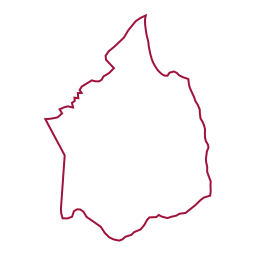 outline of Baía Formosa, Rio Grande do Norte, Brazil
{"feature_id": "56859067B10587440144347", "entity_name": "Baía Formosa", "entity_type": "district", "adm_level": 2, "iso_a3": "BRA", "parent_name": "Brazil", "parent_adm1": "Rio Grande do Norte", "projection": "orthographic", "projection_center": [-35.036, -6.42], "detail": "fine", "context": "isolated", "style": "outline", "palette": "rose", "viewbox_px": 256, "rotation_deg": 0, "n_neighbors": 0, "source": "geoboundaries", "source_scale": "gbopen_adm2", "svg_char_len": 1498}
<svg xmlns="http://www.w3.org/2000/svg" viewBox="0 0 256 256"><path d="M210.2,195.6L210.7,190.9L210.5,185.2L210.7,181.4L209.1,177.2L207.2,171.9L207.2,166.6L206.2,162.4L205.9,159.2L206.4,155.3L206.9,151.3L208.5,147.6L207.9,144.6L205.8,141.0L205.0,137.2L204.9,133.5L205.0,129.5L204.3,126.1L202.9,122.4L200.5,118.4L199.9,113.4L199.7,109.5L197.8,104.9L195.2,100.7L194.2,97.3L192.4,93.5L190.8,90.0L189.6,87.1L188.9,84.0L188.3,79.0L183.2,77.3L179.1,75.3L176.8,72.9L173.9,71.5L169.5,72.7L167.5,75.7L164.3,75.6L161.4,73.8L157.8,70.3L155.1,66.1L153.2,62.7L151.8,59.3L150.3,53.9L149.4,49.5L148.7,46.0L148.4,42.5L147.6,38.8L146.6,35.0L146.1,31.9L145.6,28.4L145.1,24.2L145.0,19.6L145.8,15.4L140.4,18.0L135.7,21.2L128.2,30.4L124.0,37.5L115.1,46.0L108.7,51.3L105.6,55.8L106.0,59.7L113.9,68.2L109.2,73.0L103.5,76.4L101.7,79.7L99.2,81.3L95.3,81.3L91.8,80.4L81.8,86.5L79.6,90.0L81.6,92.9L77.8,93.1L78.3,98.2L74.5,97.7L74.7,100.9L72.0,102.8L73.0,107.5L67.7,106.3L63.7,107.5L59.6,109.3L62.1,113.4L57.7,117.3L53.1,118.3L49.9,118.8L45.3,119.1L64.7,155.4L60.9,209.3L61.2,213.2L62.6,218.3L67.6,218.4L72.1,216.7L73.9,211.2L77.1,209.3L80.3,209.5L83.5,211.8L86.6,216.9L100.7,226.7L104.8,232.9L109.3,237.4L113.6,239.4L119.1,240.6L122.4,239.4L125.3,236.8L131.4,234.8L134.3,232.0L140.5,229.5L144.3,225.0L147.1,219.9L149.4,217.4L156.2,217.1L158.8,215.0L161.5,216.5L167.4,218.1L171.6,216.7L176.1,215.7L179.6,213.7L185.5,213.0L195.5,205.0L200.5,200.1L203.8,197.6L210.2,195.6Z" fill="none" stroke="#9f1239" stroke-width="2"/></svg>